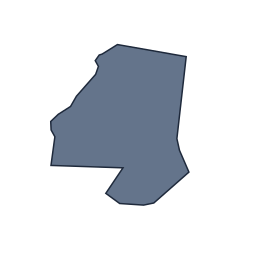 the border of Vransko, rotated 331°
{"feature_id": "SVN-241", "entity_name": "Vransko", "entity_type": "Municipality", "adm_level": 1, "iso_a3": "SVN", "parent_name": "Slovenia", "parent_adm1": "", "projection": "robinson", "projection_center": [14.936, 46.238], "detail": "fine", "context": "isolated", "style": "filled", "palette": "slate", "viewbox_px": 256, "rotation_deg": 331, "n_neighbors": 0, "source": "natural_earth", "source_scale": "10m", "svg_char_len": 425}
<svg xmlns="http://www.w3.org/2000/svg" viewBox="0 0 256 256"><g transform="rotate(331 128 128)"><path d="M76.9,174.4L104.3,160.4L42.5,123.4L59.8,100.2L59.8,92.4L63.6,84.8L73.7,82.2L88.2,81.3L98.3,75.2L125.7,65.4L132.0,59.8L132.0,53.2L138.2,50.2L141.2,50.8L159.2,49.9L213.5,93.8L165.6,161.0L162.2,172.5L159.9,196.1L114.2,206.1L104.3,203.0L84.1,190.0L76.9,174.4Z" fill="#64748b" stroke="#1e293b" stroke-width="1.5"/></g></svg>